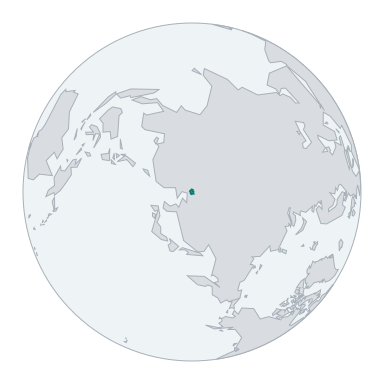 the Earth from above Beijing, rotated 128°
{"feature_id": "CHN-1155", "entity_name": "Beijing", "entity_type": "Municipality", "adm_level": 1, "iso_a3": "CHN", "parent_name": "China", "parent_adm1": "", "projection": "orthographic", "projection_center": [116.383, 40.244], "detail": "fine", "context": "on_globe", "style": "filled", "palette": "teal", "viewbox_px": 384, "rotation_deg": 128, "n_neighbors": 0, "source": "natural_earth", "source_scale": "10m", "svg_char_len": 12270}
<svg xmlns="http://www.w3.org/2000/svg" viewBox="0 0 384 384"><g transform="rotate(128 192 192)"><circle cx="192" cy="192" r="169" fill="#eef3f6" stroke="#a8b0b8"/><path d="M337.4,274.3L337.2,275.0L337.4,274.3ZM307.5,68.6L308.6,69.8L304.4,67.9L290.6,60.7L290.6,59.2L287.2,58.0L287.1,60.0L287.8,61.6L276.1,63.2L273.7,73.3L278.6,79.4L273.1,76.2L286.2,90.2L288.5,99.4L282.4,87.3L279.1,84.9L278.9,90.1L275.5,88.8L273.4,90.7L269.4,88.8L266.1,82.3L263.4,81.1L263.5,84.9L259.4,85.7L259.7,80.3L252.7,81.3L245.9,71.6L250.1,60.1L243.0,54.8L238.2,43.4L235.1,43.6L231.4,39.9L226.6,38.9L227.1,37.5L222.7,38.0L223.2,39.5L221.5,40.3L218.7,40.0L218.8,38.0L220.2,37.9L218.8,37.1L220.1,36.3L217.9,36.5L218.4,34.4L213.7,36.1L210.6,34.0L212.1,32.8L217.3,33.5L233.9,33.6L237.0,33.3L236.1,31.7L222.9,27.1L224.1,26.7L221.7,25.8L218.6,25.5L219.3,26.2L212.8,25.7L214.5,27.0L212.1,27.2L211.6,28.7L205.9,28.0L200.5,26.6L200.6,25.5L198.3,25.0L193.4,25.9L189.0,24.2L178.2,24.0L177.7,23.8L185.2,23.2L197.2,23.1L198.8,23.2L210.8,24.1L222.7,25.9L234.4,28.5L246.0,31.9L257.2,36.1L268.2,41.2L278.7,47.0L288.8,53.5L298.4,60.7L307.5,68.6ZM351.7,153.9L350.4,151.3L351.2,151.1L351.7,153.9ZM349.5,151.1L350.0,151.7L349.6,151.4L349.5,151.1ZM349.2,151.8L349.4,151.3L349.3,152.2L349.2,151.8ZM348.9,153.1L349.0,152.3L349.1,152.5L348.9,153.1ZM348.0,154.3L347.7,154.4L347.6,153.4L348.0,154.3ZM288.6,62.6L287.4,60.2L288.8,59.1L290.3,61.2L288.6,62.6ZM285.4,65.4L283.9,63.7L287.8,64.6L287.4,65.3L285.4,65.4ZM282.9,84.4L282.5,81.6L284.0,84.8L282.9,84.4ZM273.9,91.3L275.1,92.6L273.5,93.0L273.9,91.3ZM214.8,29.1L213.3,28.9L214.2,28.7L214.8,29.1ZM216.1,30.0L218.3,29.9L219.2,30.3L217.8,30.4L216.1,30.0ZM265.8,90.7L262.9,91.3L265.3,89.5L265.8,90.7ZM213.2,30.0L220.6,31.1L222.1,32.0L218.3,32.9L213.2,30.0ZM260.9,90.9L254.0,92.8L256.0,95.7L246.3,89.0L255.4,89.4L258.0,86.7L258.4,89.4L260.9,90.9ZM224.6,40.2L224.0,38.5L227.1,40.3L224.6,40.2ZM227.0,41.2L239.2,46.1L238.7,48.7L234.7,46.4L236.2,50.2L230.0,49.0L227.8,46.6L229.3,45.1L225.8,45.8L227.0,41.2ZM242.1,85.3L239.9,84.9L241.6,84.1L242.1,85.3ZM221.0,40.8L223.5,41.5L223.3,43.7L218.3,42.8L220.0,42.3L221.0,40.8ZM239.6,52.0L238.6,53.7L233.3,53.0L232.1,53.7L229.8,49.2L239.6,52.0ZM218.6,41.7L215.7,42.3L213.2,41.1L218.6,40.3L218.6,41.7ZM225.4,44.7L225.0,45.8L223.6,44.8L225.4,44.7ZM202.9,37.3L205.9,37.8L206.0,38.9L202.9,37.3ZM214.8,42.7L215.7,43.1L216.1,43.7L213.7,43.9L214.8,42.7ZM226.2,49.2L224.2,48.7L226.9,51.0L223.0,50.8L222.2,47.9L220.9,49.1L219.7,49.1L220.4,46.8L226.2,49.2ZM212.5,45.9L210.1,42.6L204.5,41.3L204.3,40.2L213.3,42.5L212.5,45.9ZM217.1,46.6L214.2,45.9L215.3,44.7L218.0,44.5L217.1,46.6ZM220.7,51.8L226.9,52.8L226.8,53.4L220.7,51.8ZM210.7,45.8L211.3,46.6L210.1,45.8L210.7,45.8ZM217.4,50.2L219.6,50.3L219.5,51.0L217.4,50.2ZM210.7,48.2L209.9,47.1L211.7,46.8L210.7,48.2ZM213.6,49.3L212.9,50.2L212.8,47.4L214.6,49.2L213.6,49.3ZM216.9,50.8L217.6,51.3L216.0,50.6L216.9,50.8ZM204.4,50.0L203.8,46.6L207.8,45.9L207.8,49.3L204.4,50.0ZM75.8,69.4L76.1,69.3L70.7,75.1L63.5,88.6L61.7,91.6L57.0,95.2L47.3,115.0L50.6,114.3L47.1,130.0L48.3,137.7L58.4,129.9L56.5,116.9L61.6,109.7L67.4,115.7L69.9,127.9L72.0,125.5L75.0,114.1L80.2,113.6L76.5,110.1L74.6,113.9L72.2,112.0L73.9,108.4L75.7,108.2L76.2,104.0L67.6,106.6L64.7,110.8L63.3,103.2L58.3,109.7L56.3,109.5L64.0,98.5L66.8,96.5L77.2,82.2L74.1,83.6L64.1,97.3L65.2,94.6L61.0,97.3L65.0,93.1L76.8,78.4L78.6,72.4L72.9,73.2L75.7,69.8L81.7,64.2L91.8,57.3L84.5,65.8L88.0,64.1L96.4,58.0L93.4,61.3L95.9,60.1L93.9,63.4L97.7,64.7L96.6,68.0L104.7,65.5L105.2,67.1L100.3,67.9L96.3,70.6L94.4,79.7L95.9,80.6L101.3,78.4L100.1,81.5L105.6,78.3L107.7,82.9L109.7,74.8L116.1,72.7L120.9,74.2L123.4,72.3L115.5,69.9L112.0,70.4L108.5,73.0L99.4,73.9L98.6,71.5L109.5,65.6L109.6,61.8L118.1,59.5L134.2,66.2L137.5,71.0L129.3,83.5L124.8,83.4L125.5,78.7L118.8,85.1L122.2,83.6L121.2,86.3L127.1,85.5L126.7,87.5L133.0,83.7L133.1,86.0L129.1,88.3L137.9,89.8L139.9,94.5L142.1,94.0L143.8,92.0L145.2,99.7L146.8,99.0L146.9,96.1L150.1,93.0L156.3,90.6L156.4,93.3L154.2,94.6L149.8,101.6L143.9,104.8L144.6,105.8L149.8,103.6L155.1,95.0L158.8,92.8L156.9,97.0L157.9,95.3L159.7,95.1L161.7,97.6L164.1,93.2L184.5,88.7L190.4,93.6L186.4,97.5L200.8,98.7L206.3,104.9L206.4,102.2L213.4,101.5L211.8,99.5L212.3,98.2L229.5,96.5L233.6,98.6L241.2,95.6L241.2,94.3L238.6,92.5L246.3,89.0L256.0,95.7L255.4,98.2L261.9,101.0L259.5,106.5L260.5,112.7L254.2,117.7L255.6,122.5L258.0,123.1L261.6,130.4L260.9,144.1L250.9,130.3L250.0,111.2L249.4,118.5L246.4,116.2L244.3,118.5L244.2,124.0L246.1,125.0L229.8,132.0L223.3,146.4L231.4,146.0L235.7,150.6L235.4,168.7L217.1,191.9L222.6,199.9L222.4,205.0L216.5,207.8L216.6,200.4L211.3,197.4L212.2,193.0L202.7,195.7L203.7,189.6L195.8,195.0L197.9,200.2L206.0,199.8L198.7,207.6L205.8,216.7L205.8,226.8L190.7,242.7L176.7,246.1L175.6,249.0L170.5,244.7L163.0,249.4L171.8,267.4L171.3,272.0L159.5,278.6L159.4,275.2L145.9,264.0L142.8,274.2L153.0,285.3L156.4,295.8L148.3,291.1L144.9,281.6L140.1,277.3L141.9,268.4L138.8,253.1L130.7,253.5L131.7,247.8L126.2,233.3L114.8,233.2L96.4,241.5L93.1,255.1L87.1,258.3L81.5,233.4L83.2,218.5L78.6,217.0L75.1,200.0L61.6,186.7L61.9,181.9L58.9,180.9L56.8,172.7L58.2,165.2L55.9,162.4L52.6,182.3L55.4,185.5L60.9,183.5L59.2,189.5L61.5,198.7L50.7,204.2L34.4,195.1L36.7,184.1L44.4,145.2L46.4,143.0L46.6,142.6L46.9,141.9L43.6,144.8L46.3,137.8L38.0,162.1L34.9,170.7L34.1,195.4L33.2,195.8L34.2,202.2L41.9,209.8L41.1,212.9L35.1,222.2L27.8,226.7L31.0,242.2L34.0,251.8L30.0,240.1L26.9,228.1L24.7,215.9L23.4,203.5L23.0,191.1L23.6,178.8L25.0,166.5L27.3,154.3L30.5,142.3L34.6,130.6L39.5,119.2L45.3,108.3L51.8,97.7L59.1,87.7L67.1,78.2L75.8,69.4ZM68.6,146.9L72.7,154.2L77.7,144.5L79.7,146.6L80.7,142.7L78.0,143.8L81.5,133.7L85.7,134.9L88.7,131.4L87.5,128.8L79.2,128.4L74.2,142.6L70.3,143.7L68.6,146.9ZM181.0,23.4L177.9,23.7L179.1,23.5L177.6,23.7L181.0,23.4ZM192.9,23.0L193.7,23.0L193.1,23.0L192.0,23.0L192.9,23.0ZM111.9,51.3L108.9,53.3L106.5,53.7L107.9,50.6L111.5,49.9L111.9,51.3ZM105.4,56.2L115.8,51.9L115.4,54.0L113.9,53.5L112.5,55.3L109.7,55.0L99.1,61.7L96.2,62.6L100.4,55.8L100.6,57.4L103.4,55.1L105.4,56.2ZM143.3,40.6L147.8,39.7L141.0,45.2L137.6,45.5L138.7,42.1L143.5,39.9L143.3,40.6ZM205.0,31.9L207.2,31.9L207.2,32.3L205.3,32.7L205.0,31.9ZM204.3,37.5L195.5,32.7L197.5,32.4L190.0,30.5L192.4,29.0L197.2,30.1L193.4,27.8L198.7,28.2L195.5,26.9L206.1,29.6L210.7,30.2L204.6,30.1L202.2,31.4L202.6,32.2L207.2,35.0L216.0,37.3L215.1,39.4L212.1,40.2L209.8,40.0L211.1,38.6L207.2,39.3L207.3,37.2L204.3,37.5ZM177.5,53.9L179.9,51.6L172.0,54.2L172.1,51.4L171.2,51.9L169.1,50.2L165.0,49.0L165.9,47.8L163.9,47.9L162.5,46.9L160.1,46.7L160.8,44.5L157.9,44.1L159.8,43.3L154.7,43.4L158.8,42.4L157.4,41.2L154.1,42.8L163.7,33.2L164.5,30.6L162.9,29.1L170.2,28.1L176.4,29.0L181.0,31.4L179.2,34.3L182.9,33.5L183.1,34.8L180.1,34.9L184.8,35.5L184.2,36.7L188.3,39.9L195.5,40.6L197.1,42.0L194.0,42.3L197.9,43.5L193.1,45.2L194.2,46.3L190.6,49.2L184.0,49.4L185.7,50.7L183.1,53.2L177.5,53.9ZM203.2,50.7L195.2,51.2L191.3,50.1L199.2,45.6L198.9,44.4L203.8,41.8L209.2,43.6L207.3,44.1L206.8,45.1L205.3,44.1L206.0,45.6L203.4,46.5L203.3,47.9L200.8,47.6L203.2,50.7ZM62.9,91.9L62.1,93.7L61.7,96.0L59.0,97.9L62.9,91.9ZM70.8,81.7L70.6,82.8L66.6,86.2L67.4,84.5L70.8,81.7ZM73.8,80.7L70.9,82.6L73.0,80.5L73.8,80.7ZM100.4,69.0L100.6,70.2L99.3,71.0L97.6,71.1L100.4,69.0ZM153.9,62.4L156.0,60.9L156.9,61.3L162.8,59.7L163.2,61.9L159.7,63.7L153.9,62.4ZM56.1,129.4L53.8,129.1L54.5,127.0L55.2,127.5L56.1,129.4ZM54.9,112.6L53.6,117.7L54.2,113.1L54.9,112.6ZM155.4,64.5L157.8,63.6L156.5,65.3L155.4,64.5ZM163.8,63.4L162.8,65.3L163.9,62.0L163.8,63.4ZM40.0,265.8L37.8,260.5L39.7,262.9L39.7,260.3L43.2,268.9L47.4,279.4L40.0,265.8ZM199.5,320.9L204.7,321.5L204.6,322.0L199.5,320.9ZM194.0,318.9L200.0,319.3L193.0,320.0L194.0,318.9ZM202.3,319.4L208.4,318.4L211.0,317.5L210.5,318.6L202.3,319.4ZM190.0,318.8L168.4,316.5L159.9,313.8L161.9,312.1L175.5,314.5L190.0,318.8ZM161.2,311.9L148.4,303.6L131.5,281.1L137.5,283.0L155.3,298.3L154.2,300.0L161.9,306.1L161.2,311.9ZM192.5,304.5L191.3,309.9L179.3,308.5L173.9,307.0L170.1,299.3L172.2,295.8L176.7,296.5L194.2,284.8L200.2,288.4L194.7,293.7L199.7,299.0L192.5,304.5ZM93.6,256.7L96.3,266.6L93.1,266.4L93.6,256.7ZM201.6,275.5L194.3,281.2L201.0,273.4L201.6,275.5ZM205.7,267.8L206.0,271.0L203.3,267.9L205.7,267.8ZM175.1,253.5L170.5,253.6L170.5,251.3L176.5,249.8L175.1,253.5ZM205.6,235.2L205.0,242.3L203.9,244.7L202.1,240.3L205.6,235.2ZM162.0,84.0L153.3,83.5L147.3,85.1L144.3,88.9L144.7,83.6L154.0,81.1L162.0,84.0ZM181.7,87.7L184.3,84.8L185.7,86.5L185.3,87.4L181.7,87.7ZM181.5,85.7L179.9,81.4L183.0,80.1L183.6,83.7L181.5,85.7ZM167.3,72.2L164.7,71.8L165.8,70.4L167.3,72.2ZM252.6,349.6L252.8,348.9L259.5,346.5L256.4,348.1L252.6,349.6ZM229.1,349.3L196.0,355.4L188.7,354.7L190.5,353.1L183.9,346.6L186.3,346.9L184.8,342.1L204.4,337.9L218.5,328.1L229.4,328.0L237.6,319.9L248.9,318.8L245.4,325.0L257.0,326.3L265.1,312.2L271.9,323.3L280.1,324.5L282.1,329.5L266.3,342.6L257.5,346.7L255.9,346.8L252.2,348.5L246.7,349.8L243.8,348.5L240.2,350.0L243.8,347.4L238.5,350.1L235.7,349.0L229.1,349.3ZM309.3,305.4L310.8,304.7L313.2,304.6L310.7,306.1L309.3,305.4ZM333.4,280.6L334.0,280.6L332.4,282.5L333.4,280.6ZM337.1,275.2L335.2,277.7L337.4,274.3L337.1,275.2ZM318.0,293.6L318.7,293.8L318.1,294.5L318.0,293.6ZM317.4,293.8L318.4,292.0L318.2,293.3L317.4,293.8ZM310.0,291.6L311.0,290.4L311.4,290.7L310.0,291.6ZM212.5,321.5L219.8,317.4L223.8,316.9L212.5,321.5ZM308.6,290.9L306.1,292.0L306.4,291.1L308.6,290.9ZM308.8,289.0L308.5,288.1L310.0,289.8L308.8,289.0ZM304.1,288.9L307.1,289.4L303.7,289.3L304.1,288.9ZM302.3,290.0L300.1,290.1L300.2,289.7L302.3,290.0ZM277.4,300.4L285.6,304.3L279.0,306.3L271.5,304.3L265.7,309.5L252.5,311.5L255.6,308.6L253.8,305.2L240.1,305.6L237.4,303.4L242.2,301.1L233.3,299.9L243.1,297.8L247.1,302.6L252.7,297.7L262.3,297.0L271.7,296.7L279.2,298.4L277.4,300.4ZM243.2,309.2L244.9,309.0L243.4,310.6L243.2,309.2ZM295.9,289.1L299.1,290.2L298.7,291.0L297.1,291.2L295.9,289.1ZM280.9,297.1L289.0,290.4L290.9,289.8L285.6,296.3L280.9,297.1ZM287.1,288.3L290.8,287.6L292.8,289.3L292.0,290.2L287.1,288.3ZM223.1,306.2L222.7,307.6L220.2,306.6L223.1,306.2ZM226.4,305.1L234.1,306.1L225.7,306.4L226.4,305.1ZM203.2,300.4L205.4,303.9L212.5,301.7L207.1,304.9L211.9,310.6L210.3,312.6L205.5,306.6L203.9,312.8L200.8,312.6L199.0,307.2L202.1,300.6L205.3,297.8L218.0,296.6L203.2,300.4ZM226.3,300.9L224.3,296.9L225.8,294.0L228.0,296.1L226.3,300.9ZM218.3,286.8L213.1,281.7L208.2,283.6L218.1,276.4L221.6,282.5L218.3,286.8ZM214.0,275.4L209.4,277.2L214.2,273.0L214.0,275.4ZM208.3,275.5L207.8,271.7L211.4,272.3L208.3,275.5ZM216.4,275.6L217.4,269.3L219.1,273.0L216.4,275.6ZM206.6,263.3L214.1,269.6L204.1,266.8L204.1,254.3L208.4,254.1L206.6,263.3ZM232.7,210.3L231.9,206.5L235.8,205.4L235.3,208.3L232.7,210.3ZM247.9,199.4L236.6,203.9L227.4,207.8L230.1,209.5L227.8,216.2L223.8,210.1L230.5,202.6L237.4,200.9L238.7,195.2L244.0,191.1L243.2,184.2L245.6,181.0L248.4,186.9L247.9,199.4ZM242.6,181.3L243.1,168.9L250.4,170.1L252.0,173.0L248.6,178.1L244.9,177.2L242.6,181.3ZM245.4,166.3L241.8,165.4L235.1,147.6L235.6,144.2L244.5,157.8L241.7,157.7L242.0,162.1L245.4,166.3ZM240.5,86.4L240.0,85.1L241.7,86.1L240.5,86.4ZM211.3,97.1L212.4,95.5L214.3,96.6L211.3,97.1ZM216.4,91.7L213.4,91.6L216.5,90.6L216.4,91.7ZM206.8,91.6L212.2,91.0L207.1,93.3L206.8,91.6Z" fill="#d9dde1" stroke="#a8b0b8" stroke-width="1"/><path d="M194.2,191.9L194.2,192.1L194.1,192.3L193.9,192.4L193.5,192.5L193.4,192.6L193.0,192.6L192.9,192.6L192.8,192.8L192.9,193.0L193.0,193.1L193.2,193.3L193.1,193.5L193.0,193.8L192.9,193.9L192.7,193.9L192.4,193.9L192.4,194.0L192.1,194.1L192.2,194.3L191.9,194.3L191.7,194.2L191.4,194.0L191.2,194.0L190.9,194.0L190.7,194.1L190.4,194.1L190.4,193.9L190.2,193.9L189.9,193.8L189.9,193.4L190.0,193.4L190.1,193.2L190.0,192.9L189.9,192.9L189.8,192.7L190.0,192.7L190.2,192.4L190.7,192.3L190.8,192.2L191.0,192.0L191.0,191.9L191.0,191.7L190.9,191.7L190.5,191.1L190.9,190.9L191.1,191.0L191.2,190.9L191.4,190.8L191.6,190.5L191.8,190.5L192.0,190.5L192.2,190.4L191.9,190.1L192.0,190.0L192.2,189.9L192.3,189.9L192.5,189.8L192.5,189.7L192.6,189.8L192.7,190.0L192.8,190.0L193.0,190.3L193.2,190.5L193.3,190.6L193.5,190.7L193.8,190.7L194.1,190.8L194.3,190.7L194.5,190.8L194.4,190.8L194.3,191.0L194.2,190.9L194.1,191.0L193.9,191.0L193.8,191.3L193.9,191.5L194.0,191.8L194.2,191.9Z" fill="#14b8a6" stroke="#0f766e" stroke-width="1.5"/></g></svg>